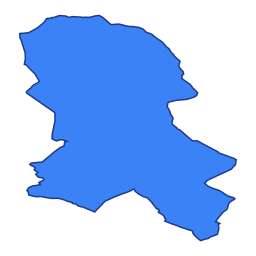 the district of Nissedal nor, Telemark, Norway
{"feature_id": "86288312B6017689781650", "entity_name": "Nissedal nor", "entity_type": "district", "adm_level": 2, "iso_a3": "NOR", "parent_name": "Norway", "parent_adm1": "Telemark", "projection": "robinson", "projection_center": [8.535, 59.049], "detail": "fine", "context": "isolated", "style": "filled", "palette": "blue", "viewbox_px": 256, "rotation_deg": 0, "n_neighbors": 0, "source": "geoboundaries", "source_scale": "gbopen_adm2", "svg_char_len": 5648}
<svg xmlns="http://www.w3.org/2000/svg" viewBox="0 0 256 256"><path d="M26.9,190.4L27.4,191.0L27.9,191.4L28.2,191.9L28.2,192.4L28.3,193.0L28.9,194.4L28.8,195.1L35.4,196.6L36.7,196.7L41.0,196.5L47.5,197.8L50.0,198.1L51.4,198.4L57.8,198.3L59.3,198.5L60.2,198.8L60.6,198.8L62.1,199.3L63.8,199.7L66.8,201.0L68.5,201.6L69.3,201.7L70.5,202.0L71.3,202.1L72.2,202.3L72.3,202.5L72.2,203.2L72.6,203.5L73.2,203.4L74.0,203.6L75.3,204.1L75.7,204.0L76.4,204.2L76.7,204.3L76.9,204.9L77.3,205.4L77.7,205.7L78.2,205.8L78.9,206.0L79.4,206.3L80.3,206.5L81.0,206.8L82.8,207.0L86.6,208.6L88.5,209.4L92.5,211.0L93.1,211.3L94.7,212.0L96.4,210.1L97.4,209.1L98.2,208.4L99.6,206.9L101.4,205.0L101.9,204.6L102.6,203.8L105.2,201.0L108.7,199.6L111.2,198.4L114.7,196.9L117.4,195.7L121.0,194.4L122.2,193.8L125.7,192.7L129.7,191.2L133.9,188.9L135.0,190.7L135.1,191.1L135.7,191.8L136.9,192.6L138.2,193.7L141.9,195.9L143.8,196.7L145.1,197.1L145.9,197.5L147.4,197.8L147.7,198.1L148.3,198.9L148.8,199.4L150.0,200.5L150.8,201.3L152.1,202.9L152.8,203.9L154.0,205.4L156.1,208.2L156.6,208.8L156.9,209.0L157.9,209.1L158.7,209.5L158.8,209.6L159.3,210.8L159.2,210.9L158.8,211.1L158.6,211.3L158.3,211.4L158.2,211.6L158.4,211.9L158.6,212.2L158.6,212.3L158.8,212.7L159.2,212.8L159.3,212.9L159.7,213.0L160.3,213.2L160.7,213.6L161.4,214.0L162.8,215.0L163.9,216.0L164.4,216.7L164.5,216.9L164.4,217.5L164.5,217.9L165.8,219.1L165.7,219.9L164.7,221.0L166.3,221.7L169.2,222.8L171.6,223.8L175.5,225.1L178.8,226.3L179.7,226.8L184.4,228.4L189.6,230.1L190.6,230.3L191.8,230.7L192.5,231.1L192.8,232.8L192.9,233.1L193.2,233.6L193.9,234.4L194.0,234.7L195.0,235.8L195.5,236.4L200.5,240.6L201.6,240.4L203.8,239.5L207.0,238.7L207.3,238.7L207.9,238.5L208.1,238.5L208.5,238.4L208.6,238.0L209.0,237.8L209.5,237.4L210.4,237.0L211.8,236.4L212.7,236.1L213.9,235.8L215.8,234.9L217.4,234.4L217.7,233.4L218.1,231.4L218.6,230.5L218.5,230.0L218.6,229.7L218.5,229.1L218.7,228.7L218.8,228.3L218.8,228.0L218.8,227.6L218.3,224.7L219.8,223.5L217.4,222.5L217.5,222.2L217.3,222.1L216.6,222.0L216.2,222.0L215.9,221.9L215.5,222.0L215.4,222.0L215.3,221.9L216.8,219.8L217.7,218.6L218.2,218.1L218.7,217.4L219.5,216.5L219.7,216.1L220.5,215.2L221.2,214.6L221.7,213.9L221.8,213.6L222.0,213.3L224.7,210.9L225.6,210.4L226.5,209.6L227.2,208.8L227.6,207.8L228.6,203.8L228.9,203.6L229.9,202.1L232.2,200.5L232.8,200.2L233.8,199.7L234.2,199.5L234.9,198.7L234.0,197.9L227.9,196.0L220.7,191.3L217.8,189.9L215.3,189.2L212.4,188.2L207.5,185.9L204.7,183.1L207.7,180.1L230.2,169.7L231.5,169.1L232.4,167.8L233.3,166.8L234.3,165.8L235.4,164.9L236.2,159.7L233.6,158.3L229.9,157.0L229.4,156.8L226.8,155.8L218.2,152.7L218.2,152.0L203.3,144.1L197.5,140.9L192.4,140.8L182.1,131.9L180.1,130.1L179.7,129.8L177.8,129.1L177.0,128.7L176.9,128.0L176.6,127.6L176.1,127.1L175.6,126.9L173.6,125.4L172.0,123.9L172.1,122.0L173.1,118.1L171.3,115.2L170.5,114.1L170.4,112.9L170.1,112.3L170.0,111.8L169.3,110.4L167.2,106.4L167.9,102.8L168.2,102.3L175.9,100.4L177.3,100.2L186.8,99.4L192.1,97.7L194.4,97.0L196.6,95.5L197.7,92.9L194.4,89.3L193.2,88.4L190.2,84.5L184.9,80.7L181.8,78.6L181.9,77.6L182.2,75.0L183.6,74.3L183.2,71.7L182.0,70.6L181.2,69.5L179.0,66.8L178.9,65.7L178.9,65.2L179.0,64.9L179.1,64.2L179.9,61.9L179.9,61.0L175.9,57.6L174.2,55.9L174.0,55.1L171.5,52.5L170.8,51.6L170.2,50.9L169.9,50.2L169.1,48.9L168.0,47.9L166.5,46.9L164.3,44.3L162.8,42.6L160.7,40.9L159.6,40.1L158.6,39.6L156.0,37.7L154.4,36.5L153.2,35.5L151.8,34.2L146.2,32.2L143.2,29.2L140.4,28.0L138.6,27.4L138.0,27.2L136.3,27.1L132.8,26.5L129.3,26.5L128.5,26.3L127.9,26.3L126.2,25.9L125.4,25.8L122.9,25.0L119.1,24.1L113.4,24.4L112.4,24.7L110.7,24.4L103.0,17.6L99.2,15.4L94.7,16.0L93.8,16.3L92.1,16.7L90.1,17.3L86.7,17.3L85.8,17.3L84.5,17.3L83.9,17.3L83.1,17.3L82.4,17.5L80.9,17.1L79.9,17.0L79.1,17.0L75.3,16.8L72.6,16.6L68.5,17.4L66.2,16.1L59.7,15.5L57.8,16.0L57.3,16.3L53.3,17.6L52.9,17.6L52.5,17.6L51.9,17.5L51.3,17.7L51.2,17.8L51.2,18.0L50.9,18.2L49.6,18.3L48.8,18.6L48.2,18.6L48.1,18.4L47.9,18.3L47.7,18.4L47.1,18.6L46.6,18.7L46.0,18.6L46.3,18.7L44.6,21.8L41.5,24.5L39.4,26.2L39.0,26.7L38.2,27.1L36.6,28.4L32.6,30.6L28.3,32.8L19.8,33.5L19.9,37.6L21.2,40.4L25.2,52.9L25.3,56.5L25.3,59.4L24.3,64.4L26.2,64.9L28.6,67.5L29.5,68.5L31.0,69.9L31.4,70.4L33.4,72.4L35.0,73.9L35.9,75.6L37.5,78.1L38.6,79.9L39.2,80.9L37.9,82.7L34.4,84.5L32.6,85.7L30.9,87.9L29.4,89.1L26.7,91.6L26.3,92.4L26.9,93.2L27.5,93.7L31.3,96.2L35.2,99.0L39.1,101.6L41.1,103.1L46.6,106.9L47.7,107.6L48.1,107.8L48.8,108.4L54.9,112.7L55.0,121.2L54.6,122.8L52.1,134.7L52.4,134.8L52.6,135.2L52.6,135.3L52.5,135.6L52.5,135.8L52.3,136.1L52.2,136.3L52.3,136.3L52.5,137.0L52.5,137.3L51.9,138.4L52.0,138.6L52.4,138.8L53.1,139.4L54.1,139.9L54.7,140.2L56.7,140.9L57.8,140.7L58.9,140.1L60.9,139.7L62.8,139.8L66.9,141.2L66.6,141.3L66.2,141.5L64.7,141.9L64.5,143.1L64.2,144.7L64.2,145.3L64.2,145.8L59.6,147.9L59.2,148.3L58.2,149.0L53.9,152.2L52.5,153.4L52.0,153.9L49.3,156.2L48.3,156.9L44.9,159.8L43.1,161.3L42.2,162.1L41.6,162.1L36.5,162.5L35.2,162.7L31.6,163.0L29.8,164.2L31.0,165.5L32.8,166.0L35.2,167.7L35.2,168.2L34.7,168.8L34.3,169.6L34.3,170.0L36.2,171.3L37.1,171.7L37.9,172.1L38.0,172.3L37.9,172.5L37.4,172.9L36.1,173.8L35.8,174.0L36.0,174.6L37.1,175.9L37.4,176.3L38.8,177.3L39.4,177.4L42.1,177.8L42.9,178.0L43.7,178.8L43.8,179.0L43.9,179.5L43.3,180.0L43.1,180.2L42.9,180.3L42.8,180.5L41.9,181.0L41.5,181.1L41.5,181.3L40.8,181.6L40.5,181.6L40.2,181.8L39.7,182.1L39.1,182.2L38.9,182.4L38.9,182.9L39.3,183.1L39.8,183.1L39.9,183.3L40.0,183.6L39.8,183.7L39.7,184.0L39.9,184.4L39.9,184.6L40.0,184.7L38.5,184.9L37.8,185.1L37.1,185.3L32.7,185.9L31.9,186.2L28.6,187.8L28.5,188.2L26.9,190.4Z" fill="#3b82f6" stroke="#1e3a8a" stroke-width="1.5"/></svg>